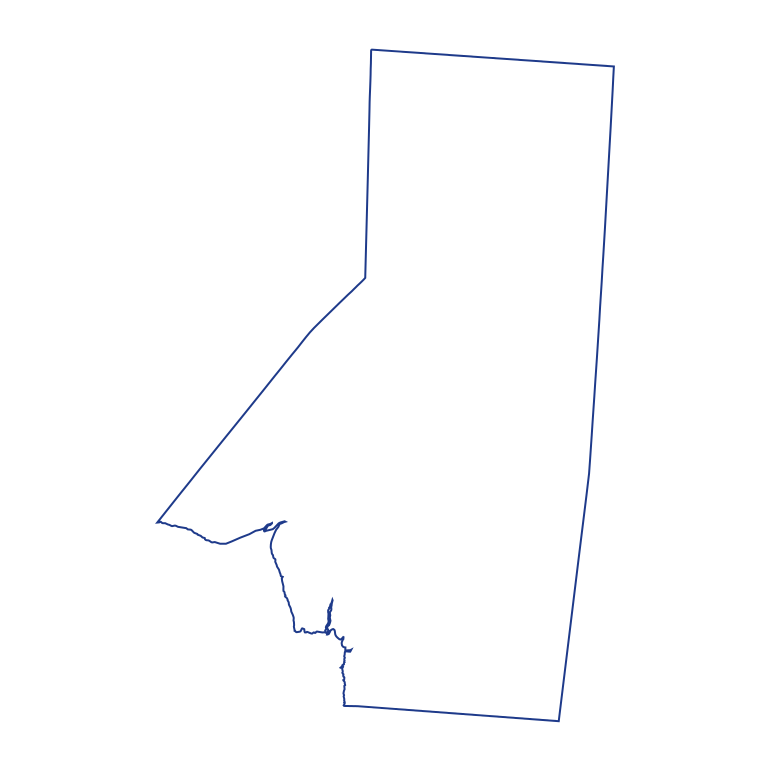 an SVG outline of Manitoba, rotated 181°
{"feature_id": "CAN-630", "entity_name": "Manitoba", "entity_type": "Province", "adm_level": 1, "iso_a3": "CAN", "parent_name": "Canada", "parent_adm1": "", "projection": "albers", "projection_center": [-94.63, 54.496], "detail": "fine", "context": "isolated", "style": "outline", "palette": "blue", "viewbox_px": 768, "rotation_deg": 181, "n_neighbors": 0, "source": "natural_earth", "source_scale": "10m", "svg_char_len": 5985}
<svg xmlns="http://www.w3.org/2000/svg" viewBox="0 0 768 768"><g transform="rotate(181 384 384)"><path d="M402.0,718.1L159.7,705.5L160.1,694.7L160.5,682.0L161.9,643.6L162.4,630.9L162.9,618.1L163.4,605.3L164.9,566.9L165.4,554.1L165.9,541.3L167.0,515.7L167.6,502.9L168.1,490.1L169.3,464.5L169.8,451.7L171.0,426.1L171.6,413.3L172.9,387.7L173.5,374.9L174.8,349.3L175.4,336.5L176.7,310.8L177.4,298.0L179.6,276.4L181.9,254.7L184.2,233.1L186.5,211.4L200.6,76.8L202.0,63.4L202.7,56.7L203.4,49.9L404.8,61.4L418.2,61.4L418.7,62.0L418.3,62.6L417.8,63.7L417.7,64.5L418.3,64.8L418.0,65.7L417.9,66.0L418.0,66.2L418.2,66.6L418.3,66.8L418.2,68.3L418.9,71.0L418.5,72.2L419.0,73.5L419.1,74.0L419.0,74.7L418.8,75.9L418.7,76.4L418.6,76.8L418.2,77.8L418.1,78.2L418.4,81.2L418.3,81.7L418.0,81.9L417.6,82.2L417.7,82.9L418.1,84.2L418.0,84.6L418.1,84.9L418.2,85.4L418.5,86.0L418.7,86.3L419.0,86.4L419.3,86.7L419.5,87.2L418.8,87.5L418.6,88.2L418.6,89.0L418.5,89.7L418.7,90.2L418.9,90.4L419.1,90.4L419.4,90.7L419.6,91.1L419.6,91.3L419.6,91.6L419.7,92.1L419.5,92.6L419.5,93.1L419.8,93.4L420.0,93.5L420.2,93.8L420.4,94.2L420.6,94.5L420.3,95.0L420.2,95.4L420.4,97.0L420.5,97.2L420.6,97.4L420.7,97.8L420.8,98.6L420.7,99.1L420.5,99.6L420.1,100.3L420.6,100.6L421.2,100.3L421.8,99.7L422.3,99.5L422.5,99.6L422.2,99.9L421.7,100.2L421.6,100.3L421.1,101.2L420.8,101.5L420.3,101.5L420.5,102.1L420.5,102.3L419.4,102.8L419.1,103.2L419.3,104.0L419.0,104.7L418.8,105.0L418.6,105.2L418.9,105.5L419.0,105.9L418.9,106.3L418.6,106.8L418.8,107.2L418.9,107.7L418.8,108.8L418.6,109.0L418.5,109.3L418.4,109.7L418.5,110.0L418.9,110.6L419.0,110.9L419.0,111.3L418.7,112.3L418.6,112.9L418.5,115.0L418.4,115.4L416.9,116.1L414.9,115.8L413.1,115.8L412.1,117.8L413.0,117.3L417.7,116.9L418.1,117.2L418.1,117.4L418.0,118.3L418.0,118.7L418.0,119.0L418.1,119.4L418.0,119.9L419.3,120.1L420.5,120.7L421.4,121.9L421.8,123.9L421.7,125.1L421.4,125.9L420.7,127.6L420.3,128.1L420.2,128.2L420.1,128.5L420.3,128.9L420.3,129.2L420.1,130.0L419.8,130.9L421.8,128.6L422.8,127.8L424.1,128.0L426.0,129.5L427.1,130.6L427.9,131.7L428.4,133.0L428.9,136.3L429.4,137.4L430.6,138.1L431.7,137.7L433.8,136.2L433.8,135.8L433.7,135.6L433.6,135.4L434.0,134.9L434.4,133.9L434.7,133.3L435.1,133.0L436.1,132.5L436.6,132.5L436.5,132.9L436.3,133.3L436.0,133.6L435.7,133.7L436.0,134.3L435.9,135.0L435.7,135.8L435.5,136.8L435.7,137.6L436.1,138.1L436.4,138.5L436.6,139.0L436.5,139.8L436.1,140.6L435.7,141.2L434.8,141.8L434.4,142.7L433.8,144.5L433.4,146.3L434.1,149.5L433.7,151.8L434.1,153.8L434.1,154.5L433.8,155.4L432.9,156.7L432.7,157.8L432.7,158.1L432.8,159.1L432.9,159.7L432.8,160.5L432.5,161.8L432.4,163.4L431.8,166.0L431.6,166.8L431.8,167.3L432.5,164.7L433.1,163.3L433.7,162.7L433.7,162.4L434.2,160.3L434.5,159.9L434.8,159.6L435.0,159.3L434.8,158.6L435.7,157.2L435.9,156.6L435.9,156.1L435.8,154.5L435.7,154.1L435.5,153.6L435.6,149.8L435.7,148.6L435.7,148.0L435.5,147.4L435.4,146.9L435.3,146.1L435.3,145.3L435.4,144.7L435.9,143.4L437.4,141.1L437.9,139.8L437.7,139.2L437.6,138.2L437.8,137.3L438.2,137.0L438.5,136.6L438.2,135.7L437.7,134.8L437.4,134.1L438.4,134.6L439.3,134.7L441.2,134.5L446.6,135.3L447.1,135.2L447.4,135.0L448.0,134.2L448.5,133.9L449.0,134.0L449.4,134.3L449.8,134.4L450.3,134.2L451.2,133.4L451.6,133.2L452.5,133.3L456.1,134.7L456.7,134.8L457.4,134.3L458.5,134.2L458.8,134.3L459.2,135.3L459.3,136.5L459.5,137.5L460.4,137.9L460.9,138.0L461.3,138.2L461.6,138.2L462.0,137.7L462.8,135.9L463.1,135.4L463.8,134.9L466.6,134.4L467.3,134.4L468.0,134.8L468.6,135.7L469.1,135.7L469.2,136.8L469.8,139.4L469.9,140.0L469.7,140.8L469.7,141.9L469.9,144.3L470.0,144.8L470.3,145.8L470.3,146.5L470.2,148.0L470.2,148.6L470.4,149.5L471.2,151.7L472.7,154.8L473.1,157.0L473.4,158.1L473.8,159.1L475.0,161.3L475.3,162.3L475.4,163.6L475.7,164.5L476.6,166.0L476.6,166.6L477.1,167.8L477.4,168.2L477.7,168.6L478.6,169.2L479.0,169.6L479.3,170.2L478.8,170.7L478.9,171.2L479.2,171.6L479.6,172.3L479.8,173.8L480.0,174.4L480.3,174.7L480.9,175.3L481.0,176.8L481.0,180.0L482.4,185.1L482.8,187.8L481.9,189.4L482.4,189.6L483.3,189.8L483.7,190.1L483.9,190.7L484.2,192.1L484.9,193.7L485.8,196.6L487.6,199.3L487.9,200.0L488.1,201.0L489.6,204.3L489.6,204.9L489.5,206.2L489.6,206.8L489.9,207.1L490.9,207.8L491.3,208.1L491.5,208.5L491.7,209.1L491.8,209.7L492.0,210.9L492.4,211.3L492.7,211.8L493.1,212.4L493.3,213.3L493.6,216.0L494.3,218.0L494.4,219.2L494.3,221.7L494.0,224.0L493.5,225.8L490.9,232.9L489.3,236.4L487.1,239.3L486.4,241.1L485.9,242.0L485.4,242.5L484.1,242.8L481.5,244.2L480.2,244.6L481.0,245.0L485.3,243.7L486.9,242.8L491.2,238.1L492.7,236.9L499.5,235.1L500.7,234.5L501.1,234.6L501.5,235.2L501.4,235.7L500.9,236.1L500.5,236.3L499.7,236.7L497.7,240.1L497.3,240.4L496.7,240.7L495.6,240.9L495.0,241.2L494.1,242.3L493.6,242.6L493.6,243.0L495.2,242.1L497.8,241.4L498.6,240.8L501.4,237.6L505.0,236.1L509.8,235.0L516.0,231.5L524.9,227.9L533.6,223.9L539.3,221.5L545.0,221.4L550.4,223.0L553.0,222.6L553.8,222.8L556.1,224.3L557.0,224.6L558.7,224.7L559.6,225.0L560.3,225.7L560.6,226.9L562.8,227.4L564.6,229.0L567.7,230.1L568.0,230.8L570.9,231.8L571.4,232.1L573.8,234.5L574.7,235.0L577.6,235.2L579.2,236.4L587.5,237.6L589.6,238.6L590.6,238.8L593.4,238.2L594.3,238.5L596.1,239.4L597.7,239.8L600.3,241.0L603.0,241.0L603.6,241.3L604.1,241.8L604.8,242.3L605.4,242.4L605.9,241.9L606.4,241.7L608.3,241.5L599.9,252.5L592.4,262.3L584.8,272.2L577.2,282.0L566.4,296.1L555.5,310.1L544.6,324.1L533.5,338.3L523.6,351.0L513.6,363.9L503.6,376.8L493.6,389.8L487.9,397.1L482.3,404.4L476.6,411.7L470.8,419.0L466.9,424.2L463.0,429.3L459.0,434.3L454.8,439.0L446.6,447.4L438.3,455.8L430.0,464.2L421.6,472.6L419.7,474.4L417.8,476.2L416.0,478.1L414.1,480.0L412.1,482.1L410.0,484.1L407.9,486.2L405.9,488.3L404.6,489.8L404.6,493.1L404.4,516.5L404.2,540.0L403.8,587.0L403.4,640.8L403.3,658.7L403.3,665.3L403.2,671.8L403.1,676.2L403.0,680.6L402.9,685.9L402.8,692.8L402.8,695.4L402.8,695.6L402.8,699.0L402.7,704.3L402.7,711.1L402.7,716.9L402.6,717.6L402.3,717.9L402.0,718.1Z" fill="none" stroke="#1e3a8a" stroke-width="2"/></g></svg>